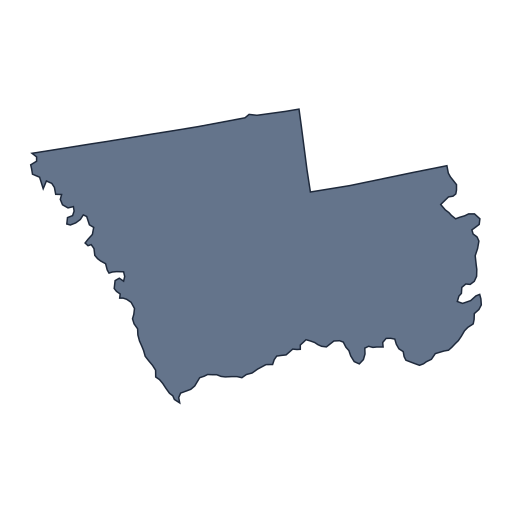 Manoel Ribas, Paraná, Brazil (Natural Earth projection)
{"feature_id": "56859067B35408611048404", "entity_name": "Manoel Ribas", "entity_type": "district", "adm_level": 2, "iso_a3": "BRA", "parent_name": "Brazil", "parent_adm1": "Paraná", "projection": "natural_earth1", "projection_center": [-51.634, -24.495], "detail": "fine", "context": "isolated", "style": "filled", "palette": "slate", "viewbox_px": 512, "rotation_deg": 0, "n_neighbors": 0, "source": "geoboundaries", "source_scale": "gbopen_adm2", "svg_char_len": 2614}
<svg xmlns="http://www.w3.org/2000/svg" viewBox="0 0 512 512"><path d="M32.0,153.3L36.6,156.9L36.6,161.2L30.7,164.8L31.6,168.8L32.5,174.2L39.6,177.2L43.2,188.7L46.4,181.0L51.8,183.4L54.4,187.4L55.7,194.3L61.6,194.5L60.3,199.4L62.5,204.8L68.0,207.9L73.4,206.6L74.1,211.1L72.6,215.6L67.5,217.6L66.8,224.0L70.3,225.0L75.7,222.9L80.3,219.5L83.3,214.9L86.7,216.5L89.4,224.8L93.7,227.4L92.4,234.4L88.0,239.3L85.1,243.0L88.0,245.7L91.2,244.6L94.0,248.6L94.8,255.4L97.6,258.7L100.8,261.1L105.6,263.7L107.2,269.9L109.0,273.1L112.4,272.0L116.7,271.6L123.6,271.8L124.7,276.5L123.6,281.2L119.3,278.2L115.1,280.6L114.2,288.5L116.5,291.4L120.2,294.0L119.7,298.1L123.1,298.1L126.7,299.3L131.1,302.3L134.5,308.5L133.8,314.3L132.5,318.8L134.1,323.9L137.6,328.8L137.9,335.0L139.5,341.0L142.0,346.6L143.6,350.6L145.2,356.3L148.8,360.9L152.5,365.3L155.6,370.2L155.7,377.0L159.5,379.6L162.7,383.4L165.7,388.0L169.5,393.3L172.8,395.8L174.4,399.5L179.7,402.9L178.7,397.6L180.6,393.1L190.8,389.3L194.7,386.0L199.7,377.7L204.2,376.2L207.6,374.5L212.2,374.7L216.7,374.7L221.0,376.4L225.2,376.9L231.6,376.6L237.1,376.6L241.9,377.7L246.4,374.5L252.1,373.0L257.6,369.1L266.0,364.6L272.6,364.5L274.2,359.7L276.7,356.1L280.7,355.5L286.1,354.9L292.7,349.1L297.0,349.5L300.3,349.3L300.3,345.0L303.4,342.2L306.0,339.7L310.2,340.9L314.7,342.5L317.8,344.6L321.6,346.3L326.4,346.9L333.9,341.0L339.6,340.7L343.3,342.1L345.9,347.2L348.9,350.6L350.7,355.9L354.2,361.6L359.3,363.9L363.4,359.6L365.0,354.0L364.8,348.1L368.6,346.3L372.9,347.4L376.6,347.0L383.1,347.0L382.7,342.5L386.1,338.4L390.7,338.3L394.8,339.1L396.3,344.2L398.9,348.8L403.2,351.6L404.1,356.6L405.9,360.2L410.3,361.9L414.8,363.6L419.5,365.3L423.5,363.8L426.4,361.7L431.4,359.3L435.3,353.6L444.0,351.0L448.5,350.2L451.8,347.3L455.4,343.5L458.3,340.7L461.3,336.3L464.5,330.8L467.9,327.3L473.2,323.9L474.1,319.4L474.3,313.6L478.9,309.5L481.3,304.9L480.9,298.9L479.7,294.4L475.9,295.9L470.7,300.6L462.6,303.4L457.3,301.5L458.9,296.1L461.4,293.4L461.8,287.4L465.8,284.0L470.2,284.4L474.3,281.3L476.6,276.3L476.8,269.3L476.2,264.9L475.2,255.7L477.6,248.5L478.9,241.1L477.1,237.0L473.1,234.0L471.9,229.9L476.2,226.7L479.2,224.4L479.9,218.8L474.5,213.9L468.6,213.9L464.7,215.8L459.6,217.3L455.6,218.8L451.4,215.4L448.9,212.6L445.3,209.9L440.7,204.5L448.5,196.9L453.0,196.2L455.8,193.9L456.5,190.0L456.5,184.6L450.4,176.9L448.3,173.1L446.9,165.7L412.8,172.5L349.8,185.6L310.4,192.0L307.0,169.9L301.3,126.0L299.0,109.1L285.4,111.4L256.9,115.3L249.1,114.4L245.0,117.8L198.2,126.6L170.2,131.2L153.7,133.8L102.9,142.1L90.4,144.0L32.0,153.3Z" fill="#64748b" stroke="#1e293b" stroke-width="1.5"/></svg>